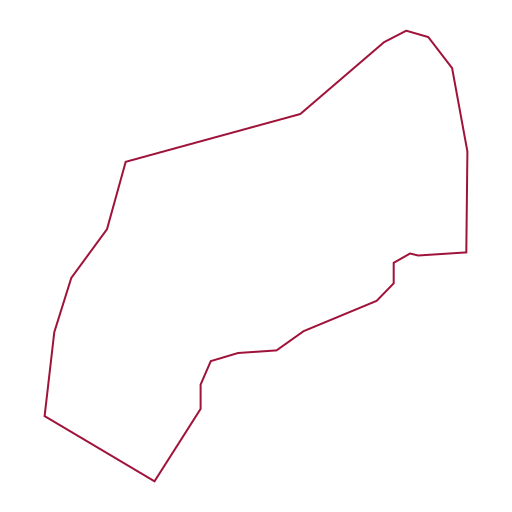 Nazarje, Albers equal-area conic projection
{"feature_id": "SVN-975", "entity_name": "Nazarje", "entity_type": "Municipality", "adm_level": 1, "iso_a3": "SVN", "parent_name": "Slovenia", "parent_adm1": "", "projection": "albers", "projection_center": [14.92, 46.283], "detail": "fine", "context": "isolated", "style": "outline", "palette": "rose", "viewbox_px": 512, "rotation_deg": 0, "n_neighbors": 0, "source": "natural_earth", "source_scale": "10m", "svg_char_len": 420}
<svg xmlns="http://www.w3.org/2000/svg" viewBox="0 0 512 512"><path d="M154.5,481.3L44.6,416.1L54.3,332.1L71.3,277.9L107.0,229.2L125.7,161.8L300.3,114.0L384.0,42.2L406.2,30.7L428.3,37.1L452.1,68.1L467.4,151.5L466.3,252.4L418.2,255.5L410.1,253.5L393.7,262.8L393.7,283.3L376.7,300.8L303.7,331.1L276.5,350.4L238.0,353.0L210.8,361.1L200.6,384.6L200.6,408.9L154.5,481.3Z" fill="none" stroke="#9f1239" stroke-width="2"/></svg>